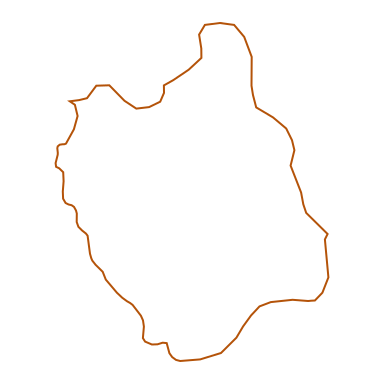 SVG path tracing the border of Ganzourgou
{"feature_id": "BFA-2828", "entity_name": "Ganzourgou", "entity_type": "Province", "adm_level": 1, "iso_a3": "BFA", "parent_name": "Burkina Faso", "parent_adm1": "", "projection": "albers", "projection_center": [-0.846, 12.259], "detail": "fine", "context": "isolated", "style": "outline", "palette": "amber", "viewbox_px": 384, "rotation_deg": 0, "n_neighbors": 0, "source": "natural_earth", "source_scale": "10m", "svg_char_len": 1317}
<svg xmlns="http://www.w3.org/2000/svg" viewBox="0 0 384 384"><path d="M252.6,92.7L253.0,95.1L256.2,107.4L273.0,117.4L286.2,128.5L292.0,140.2L294.4,150.2L290.6,165.6L301.1,192.5L303.3,204.3L306.2,212.9L327.6,234.0L324.9,239.4L328.4,277.4L322.4,292.7L314.9,300.5L311.4,300.7L308.1,301.0L292.6,299.8L270.8,302.1L259.5,306.4L251.0,315.5L243.1,326.4L236.4,337.7L221.0,353.0L200.2,359.4L180.2,361.0L176.0,359.9L172.2,357.1L169.4,353.2L166.7,343.1L162.7,342.7L157.5,344.3L151.9,344.5L145.1,341.6L142.9,338.1L143.9,326.6L143.0,320.4L140.9,315.7L132.6,304.9L130.1,303.0L127.1,301.3L122.2,297.7L116.9,292.7L105.8,279.6L102.7,271.8L95.6,264.8L92.3,260.6L91.3,258.3L90.0,253.8L87.6,235.7L85.9,233.5L82.1,230.5L78.4,226.8L76.7,222.0L76.8,213.5L76.0,210.5L74.0,206.9L71.6,205.2L68.6,204.5L65.6,203.0L63.1,198.7L62.8,191.4L62.9,190.3L63.6,181.3L63.2,172.2L59.2,168.3L56.1,166.8L55.6,163.1L57.7,154.8L57.8,152.9L57.3,148.2L57.7,146.4L59.7,144.7L62.3,144.3L64.6,144.2L66.0,143.6L73.9,129.3L77.6,116.0L74.9,104.8L69.8,101.3L79.1,100.1L87.0,98.2L96.3,85.7L109.3,85.3L124.5,100.8L136.3,108.6L149.1,107.1L160.2,101.7L164.0,92.9L163.9,85.4L173.3,80.1L188.7,69.7L201.4,57.9L201.3,48.5L199.1,34.6L204.9,24.9L220.0,23.0L229.5,24.3L234.1,24.9L244.2,36.9L251.7,56.9L251.5,85.7L252.6,92.7Z" fill="none" stroke="#b45309" stroke-width="2"/></svg>